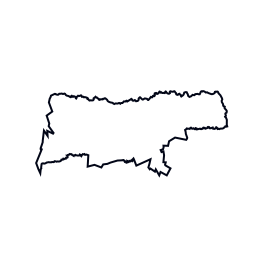 Mhondoro-Ngezi, Mashonaland West, Zimbabwe (Mercator projection), rotated 159°
{"feature_id": "62879985B70697135902781", "entity_name": "Mhondoro-Ngezi", "entity_type": "district", "adm_level": 2, "iso_a3": "ZWE", "parent_name": "Zimbabwe", "parent_adm1": "Mashonaland West", "projection": "mercator", "projection_center": [30.094, -18.569], "detail": "fine", "context": "isolated", "style": "outline", "palette": "ink", "viewbox_px": 256, "rotation_deg": 159, "n_neighbors": 0, "source": "geoboundaries", "source_scale": "gbopen_adm2", "svg_char_len": 5789}
<svg xmlns="http://www.w3.org/2000/svg" viewBox="0 0 256 256"><g transform="rotate(159 128 128)"><path d="M108.8,69.9L102.8,75.1L106.4,79.6L106.6,80.4L105.1,82.4L107.2,83.4L104.1,89.6L103.3,93.4L105.3,93.5L105.4,95.7L102.9,95.6L101.7,97.2L101.2,98.8L97.0,97.0L94.4,100.9L87.5,102.2L77.9,96.1L76.7,96.9L76.2,97.7L76.1,101.8L75.6,103.6L75.4,105.7L74.3,105.9L73.8,106.3L73.2,106.5L73.0,106.0L71.3,105.5L70.7,105.0L70.1,105.5L69.5,105.8L69.0,105.7L68.4,104.3L68.0,104.2L67.1,104.3L66.3,103.1L65.9,103.1L65.5,103.5L64.9,103.7L64.3,103.1L64.8,102.7L64.9,102.4L64.3,102.0L61.0,101.6L60.8,101.1L60.4,100.9L59.9,100.8L59.7,100.6L58.8,100.6L58.8,100.8L57.8,100.8L57.6,101.3L57.4,101.3L56.9,100.8L56.7,100.8L56.5,100.3L56.2,100.3L56.2,99.9L56.0,99.6L53.0,99.6L53.0,100.3L52.8,100.3L52.1,99.5L51.9,99.5L51.9,98.6L51.7,98.4L51.2,98.4L50.8,98.1L48.7,98.1L48.7,96.7L47.8,96.5L47.6,96.2L46.0,96.2L45.5,97.1L45.3,97.1L45.0,96.6L45.1,95.9L44.6,95.7L44.6,95.0L44.4,95.0L44.4,94.8L43.2,94.5L42.9,94.2L42.6,94.3L41.4,94.2L40.5,93.7L38.9,93.6L38.4,93.8L37.9,94.1L37.2,94.2L36.5,94.7L35.7,94.0L34.8,93.9L34.6,95.7L32.8,100.2L32.8,102.4L33.3,103.4L33.3,103.8L32.6,103.9L32.1,104.7L32.1,106.2L31.9,106.6L31.6,106.8L30.5,107.0L29.7,108.4L29.9,109.7L30.6,111.4L30.7,112.2L30.0,113.2L30.2,113.5L31.0,114.2L31.1,114.8L30.7,116.2L31.1,118.6L30.8,119.8L29.7,121.0L29.6,122.2L30.0,125.4L31.1,128.1L31.0,128.9L31.2,129.7L31.7,130.1L32.8,130.2L33.1,130.5L33.4,130.6L33.9,130.6L34.6,129.6L35.5,129.4L36.7,129.3L38.0,129.7L40.4,131.8L41.4,133.0L42.6,133.2L43.5,134.6L44.3,135.3L44.9,135.6L45.5,135.4L46.3,136.0L47.1,135.7L48.6,134.1L49.0,133.8L49.7,134.0L50.8,134.9L53.1,135.5L53.4,135.4L54.0,134.9L54.5,134.9L55.8,135.8L57.8,135.0L59.5,135.0L60.3,136.4L60.1,138.2L60.3,139.0L60.4,140.4L61.5,140.9L62.8,140.9L63.8,139.6L64.7,138.9L67.0,138.3L67.1,138.5L66.8,139.7L67.0,140.2L67.7,140.8L67.7,141.5L68.8,141.6L69.3,141.2L69.7,141.1L70.7,141.8L70.9,142.4L70.7,143.5L71.1,144.2L71.3,145.4L71.7,145.8L73.0,145.7L74.4,146.4L75.0,147.0L75.5,147.1L76.1,146.7L76.4,145.5L77.5,145.3L78.2,145.7L78.8,146.3L79.4,147.3L79.4,148.0L79.7,148.6L80.2,148.5L80.6,147.7L81.1,147.4L81.8,147.7L82.1,148.0L83.5,148.4L84.2,149.5L84.6,149.3L85.1,149.4L85.4,150.7L85.6,150.7L87.5,149.4L88.4,149.3L88.8,149.5L88.9,150.4L89.2,150.7L90.6,150.8L90.9,150.4L91.0,149.2L91.9,148.3L92.1,148.3L92.7,149.1L93.3,149.0L94.3,148.0L94.7,148.0L95.5,148.8L97.8,147.4L98.8,147.3L99.0,146.9L99.4,147.1L99.8,148.4L101.2,149.3L101.8,149.6L103.7,149.2L104.3,149.4L105.1,150.9L105.5,152.0L105.8,152.4L106.6,152.2L107.5,151.7L107.9,150.6L108.5,150.1L109.3,149.8L110.9,150.1L111.3,151.2L111.6,151.6L112.0,151.7L112.8,151.4L113.7,151.8L114.1,152.4L114.0,153.2L114.5,154.0L115.8,153.6L116.5,153.6L117.9,153.2L118.4,153.4L119.1,153.0L119.5,153.2L119.8,154.0L120.4,153.9L120.7,153.7L121.1,153.7L122.3,154.3L124.2,153.3L125.5,153.8L126.5,153.4L127.2,154.5L127.6,154.6L128.8,154.5L130.9,155.4L132.2,155.3L133.0,156.2L133.2,156.8L134.0,157.5L134.7,157.8L136.2,159.0L137.0,160.0L137.3,160.6L137.4,161.8L138.5,163.8L139.2,164.1L139.5,163.9L139.8,163.9L140.7,164.2L141.0,164.2L141.2,163.8L141.5,163.8L142.3,164.3L143.1,164.5L143.3,164.4L143.9,164.9L144.6,164.5L144.8,164.6L145.3,166.2L146.0,167.0L146.1,167.6L146.9,168.2L147.1,168.7L147.7,168.3L148.0,168.5L149.5,168.0L149.6,167.2L150.2,166.6L150.6,166.4L151.7,166.6L153.1,167.3L153.9,167.3L154.3,167.7L154.7,168.9L155.5,169.6L155.5,169.8L154.9,170.0L155.0,170.5L155.8,171.3L157.2,172.3L158.1,172.4L158.3,172.9L158.8,173.4L159.8,173.5L160.0,174.4L159.9,175.0L160.1,175.3L160.5,175.4L160.8,175.3L161.9,175.3L163.1,176.0L163.6,175.6L164.9,175.5L165.3,174.5L165.8,174.1L166.0,174.4L166.2,176.1L166.5,176.6L167.7,177.3L168.1,176.8L168.6,177.0L169.2,177.6L169.2,178.2L169.7,178.1L170.3,177.3L170.7,177.4L172.0,179.1L173.7,180.3L174.2,181.1L174.5,182.4L175.0,182.9L176.5,183.0L177.5,183.9L178.5,184.1L179.6,184.5L180.0,184.6L181.0,184.1L181.9,184.3L183.2,185.2L183.4,185.7L184.1,186.1L188.3,185.8L189.3,184.5L190.5,183.5L192.7,180.2L192.8,170.5L199.5,168.7L199.9,160.4L201.4,158.1L199.3,150.1L200.0,149.6L204.4,154.3L205.9,149.4L207.4,155.7L212.1,146.8L212.8,145.2L216.7,140.5L216.7,139.6L217.1,139.5L217.1,139.1L216.5,139.3L216.2,139.0L226.3,128.2L226.4,121.7L226.1,117.2L224.3,120.7L223.4,121.4L223.2,122.3L221.6,125.3L221.1,125.6L220.0,125.5L219.1,124.8L217.6,124.6L216.4,124.9L214.2,124.5L213.4,124.0L211.6,123.4L211.1,123.5L209.7,122.8L209.2,122.8L208.5,123.3L207.5,122.8L206.7,122.1L206.0,122.1L204.4,121.4L202.9,121.3L201.7,121.8L201.5,122.3L200.8,122.2L200.1,121.8L199.8,121.8L199.8,122.3L199.4,122.6L198.7,122.0L198.2,121.8L197.7,121.8L197.4,122.0L197.0,121.8L196.8,122.3L196.5,122.5L195.5,122.1L195.0,122.2L194.8,122.4L194.8,123.0L194.5,123.4L194.7,124.0L194.4,123.9L194.3,124.3L193.9,124.4L192.4,124.2L191.9,124.6L191.5,124.6L190.9,124.0L190.1,123.8L190.0,123.1L188.7,121.4L188.3,121.9L187.7,121.8L187.3,121.4L186.7,121.6L186.6,121.3L185.7,120.9L185.1,120.4L183.4,119.8L182.9,119.9L182.5,120.5L181.9,119.9L181.9,118.8L181.7,118.4L180.8,119.2L179.6,119.8L178.9,119.3L178.0,119.3L177.8,118.4L177.6,118.3L176.3,118.1L174.8,116.8L179.5,106.4L172.5,105.6L167.0,100.7L164.2,102.9L160.1,101.9L156.7,102.0L149.5,101.4L144.0,99.6L144.0,99.8L143.6,99.7L143.3,99.1L143.1,97.5L142.5,97.4L142.5,97.7L142.2,97.7L142.1,97.2L141.5,97.2L141.8,96.9L141.7,96.6L142.1,96.6L142.0,96.2L141.7,96.2L141.6,96.5L140.6,96.0L139.7,96.1L139.8,96.8L139.3,96.3L139.1,96.5L138.7,96.2L138.4,96.2L138.3,96.3L138.6,96.6L138.3,96.7L137.6,95.9L137.3,95.9L136.7,96.1L136.4,96.6L135.9,96.4L135.7,96.6L135.5,96.4L135.7,95.9L135.6,95.7L135.0,96.4L134.6,96.6L135.0,97.0L133.8,97.6L133.7,96.6L133.7,89.9L118.2,90.8L120.8,86.9L123.1,83.9L122.5,81.7L121.6,82.1L118.5,77.6L116.9,79.4L115.8,72.6L113.4,75.3L108.8,69.9Z" fill="none" stroke="#020617" stroke-width="2"/></g></svg>